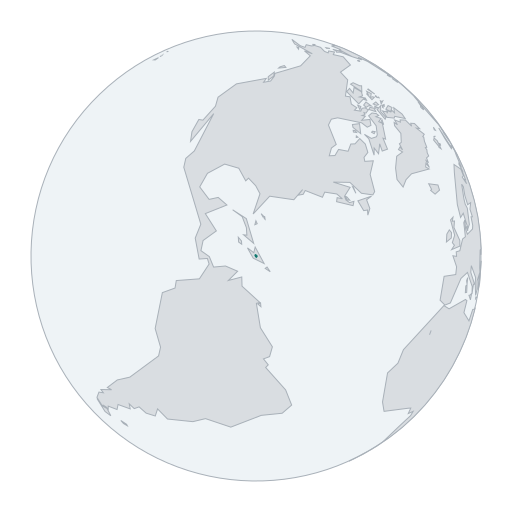 Bahoruco on an orthographic globe, rotated 46°
{"feature_id": "DOM-1969", "entity_name": "Bahoruco", "entity_type": "Province", "adm_level": 1, "iso_a3": "DOM", "parent_name": "Dominican Republic", "parent_adm1": "", "projection": "orthographic", "projection_center": [-71.289, 18.493], "detail": "fine", "context": "on_globe", "style": "filled", "palette": "teal", "viewbox_px": 512, "rotation_deg": 46, "n_neighbors": 0, "source": "natural_earth", "source_scale": "10m", "svg_char_len": 9400}
<svg xmlns="http://www.w3.org/2000/svg" viewBox="0 0 512 512"><g transform="rotate(46 256 256)"><circle cx="256" cy="256" r="225" fill="#eef3f6" stroke="#a8b0b8"/><path d="M229.2,295.3L224.0,292.7L218.7,299.0L200.9,287.3L194.8,273.6L142.0,246.3L137.0,238.7L137.6,227.4L124.2,187.5L128.1,223.5L122.1,215.7L118.1,202.3L121.4,199.8L120.1,181.1L115.4,173.0L118.6,150.5L135.4,125.2L136.3,129.9L140.3,123.9L139.4,117.9L137.8,115.5L150.2,91.8L149.7,77.9L142.1,78.7L149.6,75.0L130.2,80.9L125.1,79.7L135.4,78.1L140.0,75.8L138.9,73.1L143.4,70.2L145.4,67.5L150.8,64.6L156.4,64.6L160.0,63.0L159.0,61.3L163.8,57.8L164.8,60.5L173.3,54.9L184.2,55.4L182.4,67.5L193.0,67.7L203.1,80.6L206.8,77.8L212.9,81.9L219.4,80.5L219.5,83.9L224.6,80.0L223.4,77.1L225.2,74.6L228.9,73.7L229.6,77.7L227.8,78.7L230.0,79.5L228.7,82.0L231.4,80.3L231.8,85.7L236.9,79.2L241.9,82.6L240.6,86.5L233.6,87.5L213.3,101.3L209.9,106.8L212.1,112.9L231.5,120.8L230.7,126.7L234.8,133.7L238.6,129.4L236.7,122.6L244.6,117.0L241.3,110.0L244.1,106.9L243.6,99.8L251.4,99.6L259.2,103.6L260.1,109.8L263.5,112.0L269.0,105.5L276.6,117.2L292.1,125.9L293.2,129.5L284.1,136.6L268.3,137.3L256.5,149.1L272.0,140.6L274.5,150.8L278.2,152.4L282.6,151.6L284.7,147.6L287.2,151.2L272.9,160.3L270.4,157.1L274.9,154.1L267.5,154.8L257.8,162.2L259.9,167.4L243.1,175.1L244.4,179.2L241.5,183.5L240.6,176.3L241.8,189.7L222.5,204.6L223.8,228.9L214.0,209.9L205.3,207.4L194.8,207.3L194.8,211.2L180.9,207.4L168.1,214.7L162.8,233.5L167.2,248.5L182.7,250.4L187.6,242.5L199.1,241.5L190.3,263.0L210.4,267.1L208.1,283.3L213.9,291.9L224.0,290.0L234.5,294.2L242.0,284.9L254.2,279.8L254.4,292.9L261.2,280.8L268.0,287.0L292.2,285.5L290.3,288.6L310.7,302.7L332.7,307.3L337.8,316.1L335.2,322.1L342.8,322.8L342.9,326.5L372.9,327.7L388.0,333.9L387.3,346.4L374.3,362.9L361.6,393.0L337.9,405.3L331.3,416.5L311.8,432.9L297.6,433.0L301.1,439.6L292.7,444.2L283.3,444.9L281.2,449.6L274.3,449.9L278.6,452.7L267.0,458.4L269.9,462.6L261.3,466.6L263.5,468.7L260.4,468.7L257.1,469.5L256.7,470.6L247.2,468.6L244.8,463.5L248.4,460.8L244.3,460.3L251.9,452.8L247.3,454.3L248.8,441.9L255.5,430.9L260.2,395.5L255.3,388.0L238.1,378.9L217.3,348.8L222.8,336.5L218.3,330.4L233.1,312.6L229.2,295.3ZM43.9,193.3L45.6,188.3L45.0,192.3L43.9,193.3ZM46.4,184.8L45.8,186.6L46.3,185.0L46.4,184.8ZM46.5,183.4L46.4,184.4L46.3,183.7L46.5,183.4ZM46.4,182.0L46.6,182.5L46.4,182.0ZM222.4,237.0L245.3,248.9L232.1,250.2L234.7,248.1L228.9,243.2L218.1,238.6L206.5,240.7L222.4,237.0ZM47.1,178.5L47.3,177.5L47.6,177.4L47.1,178.5ZM233.1,223.9L229.1,222.9L233.0,222.9L233.1,223.9ZM136.4,115.1L138.9,118.2L138.0,125.0L135.5,122.6L136.4,115.1ZM138.7,103.3L141.1,103.5L136.5,109.2L136.6,107.3L138.7,103.3ZM135.6,80.3L136.8,81.7L134.1,81.4L135.6,80.3ZM144.7,67.7L142.9,68.4L144.7,66.8L144.7,67.7ZM239.3,100.4L241.4,100.1L240.4,101.6L239.3,100.4ZM237.1,97.8L234.5,99.8L233.1,98.8L234.7,97.6L237.1,97.8ZM154.7,61.0L158.1,58.6L155.6,61.0L154.7,61.0ZM240.7,95.7L230.9,96.9L228.4,95.3L232.7,89.6L240.7,95.7ZM160.7,57.2L168.9,52.0L165.8,52.7L179.4,48.4L167.9,53.8L165.3,56.5L164.2,55.9L160.7,57.2ZM221.3,76.7L222.9,79.6L218.2,78.1L221.3,76.7ZM217.9,76.4L200.8,76.6L200.4,72.3L206.2,72.9L202.9,68.4L211.1,66.1L214.8,68.1L213.4,71.2L217.6,68.1L217.9,76.4ZM185.6,47.1L188.4,46.1L186.6,47.2L185.6,47.1ZM225.6,73.5L222.2,73.7L221.6,69.9L228.3,68.8L226.3,70.4L225.6,73.5ZM198.1,68.6L198.8,65.8L205.7,63.1L206.9,61.8L211.3,65.7L198.1,68.6ZM228.3,70.8L231.7,68.4L235.4,69.5L228.9,73.1L228.3,70.8ZM218.6,69.5L218.6,67.7L220.8,68.3L218.6,69.5ZM250.2,72.9L246.2,72.8L245.5,70.7L250.2,72.9ZM232.7,67.5L231.5,67.2L230.8,66.5L233.7,65.3L232.7,67.5ZM215.8,63.8L218.5,63.4L214.4,62.0L219.3,60.3L221.4,63.4L222.6,61.3L224.1,60.8L224.1,64.0L215.8,63.8ZM234.5,62.0L238.8,66.0L246.5,66.3L247.3,68.1L234.8,67.2L234.5,62.0ZM228.4,62.8L232.3,62.7L231.3,64.7L228.0,66.1L228.4,62.8ZM222.0,58.1L213.8,59.9L213.7,59.3L222.0,58.1ZM236.9,61.7L235.8,60.8L237.6,61.5L236.9,61.7ZM226.8,58.6L223.9,59.3L223.8,58.5L226.8,58.6ZM236.0,58.6L237.4,59.8L235.2,60.7L236.0,58.6ZM232.0,58.3L232.5,57.0L233.6,60.3L230.7,58.7L232.0,58.3ZM227.1,57.8L226.2,57.5L228.4,57.6L227.1,57.8ZM243.7,55.0L245.5,58.8L240.6,60.6L239.5,56.5L243.7,55.0ZM263.0,472.6L248.0,469.4L256.4,470.9L262.3,469.1L270.1,471.4L263.0,472.6ZM280.4,467.5L287.2,466.0L288.8,466.5L284.4,467.7L280.4,467.5ZM430.9,114.0L434.5,119.5L428.5,113.0L417.8,99.4L415.9,97.3L430.9,114.0ZM407.5,89.2L406.9,88.8L399.3,82.2L405.5,87.8L407.5,89.4L411.4,93.3L409.8,92.1L407.2,89.6L407.4,90.6L419.9,103.3L423.2,106.2L427.5,114.2L433.6,120.2L436.9,125.4L427.9,117.3L424.1,113.0L412.5,107.8L416.9,112.8L428.1,118.4L427.4,119.2L433.4,127.1L428.2,121.7L414.7,115.3L414.5,124.1L424.8,148.8L422.5,154.2L415.7,154.3L401.3,134.8L408.1,125.2L403.1,119.2L392.6,114.2L395.6,112.0L392.1,109.1L393.8,105.7L387.3,95.6L387.6,92.0L376.4,83.4L375.1,80.7L382.1,86.4L387.2,88.8L387.0,81.5L384.5,78.8L377.2,74.1L378.1,73.1L371.0,69.6L366.7,64.5L366.1,68.1L357.5,63.7L350.2,58.7L347.2,58.2L359.1,66.6L364.0,69.5L368.4,70.8L381.5,80.6L383.4,84.3L369.2,77.2L370.4,82.1L358.8,75.4L333.7,55.3L327.7,50.0L335.9,48.3L342.3,51.0L342.5,52.8L350.3,54.3L345.8,52.6L346.5,52.2L338.5,48.8L338.7,48.4L330.8,46.2L330.0,45.3L335.0,46.7L322.6,41.9L318.7,40.1L315.8,39.3L313.8,39.0L310.3,37.4L308.3,37.0L308.7,37.2L305.0,36.7L297.2,35.4L296.4,34.9L299.1,35.3L303.6,35.8L306.8,36.5L322.7,40.8L338.1,46.2L353.2,52.8L367.7,60.4L381.7,69.0L394.9,78.7L407.5,89.2ZM302.8,35.6L297.7,35.0L293.2,34.4L294.9,34.3L294.0,34.3L291.5,33.9L288.3,33.2L286.0,33.3L259.6,32.1L250.8,31.4L255.3,31.0L236.0,31.9L227.5,32.5L227.9,32.6L219.0,34.0L221.5,33.7L221.0,33.9L199.2,39.2L193.5,40.6L184.5,44.3L184.7,44.6L188.4,43.6L179.4,48.4L165.8,52.7L166.0,51.9L157.3,55.8L159.1,53.6L156.5,54.2L163.6,50.6L168.6,48.3L170.1,47.9L169.6,47.9L185.5,42.0L201.8,37.3L218.4,33.9L235.3,31.7L252.2,30.8L269.2,31.1L286.1,32.7L302.8,35.6ZM468.2,331.7L470.2,325.7L475.5,306.7L477.8,294.6L477.9,272.4L478.2,255.6L476.9,250.9L475.1,255.9L472.9,250.3L471.2,252.3L456.7,271.8L448.9,266.4L431.5,242.6L431.7,228.4L425.8,215.0L422.2,155.3L428.1,153.8L432.8,135.5L434.6,135.3L441.2,145.8L450.6,147.9L445.0,137.2L446.3,135.5L445.4,134.0L453.5,147.6L460.6,161.7L466.7,176.4L471.8,191.4L475.8,206.7L478.7,222.3L480.6,238.1L481.3,253.9L480.9,269.7L479.3,285.5L476.7,301.2L473.0,316.6L468.2,331.7ZM431.2,181.7L433.2,185.9L431.2,181.7ZM292.9,285.3L295.9,287.7L292.0,288.0L292.9,285.3ZM230.2,255.7L235.1,256.0L237.6,258.1L233.9,258.8L230.2,255.7ZM271.6,255.7L277.2,256.7L271.3,258.0L271.6,255.7ZM249.0,250.4L267.1,255.4L255.6,259.5L244.2,256.5L252.1,255.3L249.0,250.4ZM230.6,231.6L233.6,232.7L232.7,235.1L230.6,231.6ZM236.0,224.0L234.8,224.1L233.3,222.1L236.0,224.0ZM275.3,150.2L276.6,149.6L281.0,149.8L278.9,151.5L275.3,150.2ZM300.9,141.1L304.3,147.2L300.4,143.8L298.2,147.0L287.1,144.4L293.2,131.3L292.4,137.4L300.9,141.1ZM274.0,138.1L280.3,140.6L273.1,138.4L274.0,138.1ZM371.5,98.8L375.0,99.1L378.7,103.0L378.2,109.3L372.8,103.5L371.5,98.8ZM379.1,98.7L365.2,91.0L364.9,87.3L367.4,90.6L368.7,88.9L373.0,93.8L386.4,98.6L390.5,102.5L387.3,110.9L386.1,105.8L382.8,105.5L379.1,98.7ZM330.0,83.4L324.0,81.6L331.3,75.8L336.1,78.2L335.9,84.2L330.1,84.8L330.0,83.4ZM250.1,86.0L247.3,86.9L247.1,85.6L249.3,83.9L250.1,86.0ZM248.4,73.0L262.0,81.6L259.5,82.8L270.5,87.2L268.2,92.3L261.2,89.1L267.6,96.8L260.4,96.0L265.5,101.0L250.0,93.4L243.8,93.5L251.6,91.3L253.9,86.5L253.0,84.5L245.8,79.1L233.4,77.6L233.7,73.2L237.2,70.5L240.2,70.1L239.1,73.0L243.9,70.5L244.6,74.4L248.4,73.0ZM278.0,49.8L275.4,51.8L285.3,50.4L286.0,53.1L287.1,52.8L290.4,55.1L296.4,57.6L295.7,58.9L298.3,59.3L300.6,61.1L304.0,62.3L303.9,65.2L308.0,66.9L305.6,67.4L312.8,69.8L307.4,69.4L309.8,72.1L313.7,71.0L304.9,87.0L305.3,95.0L308.6,102.3L298.9,101.4L289.7,94.5L282.0,85.5L283.0,78.3L278.4,79.6L277.6,76.7L281.5,76.9L274.9,74.9L275.2,72.6L268.4,66.6L258.6,65.8L255.9,63.9L259.9,63.1L254.4,61.8L260.0,59.1L258.2,57.8L262.0,54.1L270.7,53.9L268.0,52.5L270.7,50.0L278.0,49.8ZM245.0,53.9L255.3,52.3L260.7,53.2L251.9,59.2L252.8,60.8L247.3,65.4L239.5,64.2L241.8,62.9L242.2,61.4L244.5,62.4L243.0,60.5L246.1,58.9L245.7,57.1L249.2,56.9L245.0,53.9ZM432.2,130.1L432.8,129.2L432.7,126.9L436.5,132.2L432.2,130.1ZM423.3,125.9L423.2,124.1L428.5,129.7L427.8,130.9L423.3,125.9ZM418.6,118.7L422.7,123.6L420.1,121.7L418.6,118.7ZM381.5,84.8L380.8,83.0L382.5,83.9L385.0,86.2L381.5,84.8ZM307.4,48.4L305.0,48.9L303.7,48.3L296.0,47.7L294.9,45.9L299.1,45.6L307.4,48.4ZM435.2,119.5L435.2,119.4L435.2,119.5ZM438.2,126.3L439.0,125.8L439.3,127.7L438.2,126.3ZM304.9,46.4L301.8,46.3L303.1,45.6L304.9,46.4ZM293.7,44.7L294.5,43.7L293.9,45.7L293.7,44.7ZM290.8,35.6L302.8,38.0L310.7,39.5L313.9,39.5L314.5,40.9L302.4,38.5L290.8,35.6ZM263.6,32.3L260.8,32.9L258.6,32.5L258.9,32.3L263.6,32.3ZM264.3,32.8L267.4,33.9L263.6,34.2L261.9,33.2L264.3,32.8ZM286.6,38.9L290.2,39.6L289.1,40.1L286.6,38.9ZM187.4,46.0L188.4,46.1L185.9,46.7L187.4,46.0ZM222.6,33.8L221.6,34.2L218.8,34.5L222.6,33.8ZM217.1,35.7L221.0,34.9L217.2,35.9L217.1,35.7ZM229.7,33.5L222.7,34.8L228.9,33.4L229.7,33.5Z" fill="#d9dde1" stroke="#a8b0b8" stroke-width="1"/><path d="M255.7,256.4L255.4,256.3L255.2,256.2L254.9,256.1L254.8,255.7L255.0,255.4L255.3,255.4L255.4,255.5L255.6,255.6L255.8,255.6L256.0,255.5L256.3,255.4L256.5,255.5L256.9,255.8L257.0,255.8L257.0,256.0L256.9,255.9L256.9,256.0L256.7,256.1L256.5,256.3L256.4,256.4L256.3,256.5L256.2,256.6L256.0,256.4L255.8,256.3L255.7,256.4Z" fill="#14b8a6" stroke="#0f766e" stroke-width="1.5"/></g></svg>